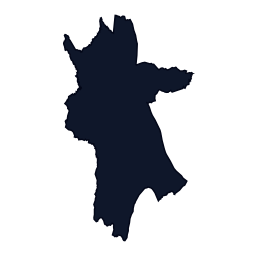 Mueang Nong Bua Lam Phu, Nong Bua Lam Phu, Thailand (Equal Earth projection)
{"feature_id": "78962969B75435650034529", "entity_name": "Mueang Nong Bua Lam Phu", "entity_type": "district", "adm_level": 2, "iso_a3": "THA", "parent_name": "Thailand", "parent_adm1": "Nong Bua Lam Phu", "projection": "equal_earth", "projection_center": [102.349, 17.151], "detail": "fine", "context": "isolated", "style": "filled", "palette": "ink", "viewbox_px": 256, "rotation_deg": 0, "n_neighbors": 0, "source": "geoboundaries", "source_scale": "gbopen_adm2", "svg_char_len": 5551}
<svg xmlns="http://www.w3.org/2000/svg" viewBox="0 0 256 256"><path d="M130.1,19.6L128.1,20.2L127.4,19.8L126.0,20.4L125.3,19.8L124.6,16.8L124.0,16.3L122.4,16.3L121.3,17.3L120.5,17.6L119.6,16.9L119.4,17.0L119.3,16.6L118.6,16.3L118.0,16.6L117.0,15.8L116.5,16.0L116.2,15.5L115.2,15.4L113.5,32.8L113.0,32.3L112.3,32.9L111.4,32.3L111.0,31.0L110.4,30.5L109.3,30.4L108.2,28.1L107.7,28.1L107.4,27.2L106.5,27.3L106.6,26.8L106.3,26.9L106.2,26.5L105.6,26.5L105.2,25.4L103.9,24.5L103.6,23.2L101.7,20.9L101.9,19.8L101.2,17.8L100.5,18.2L100.8,18.7L100.1,19.7L100.0,20.2L100.3,20.3L99.9,21.4L100.3,23.4L100.2,24.0L100.7,24.4L100.4,25.0L100.6,25.4L100.7,25.1L100.8,25.4L100.6,25.5L101.0,26.1L100.6,26.2L100.6,27.4L100.3,27.3L99.8,28.8L99.9,29.1L100.3,29.2L100.0,29.3L100.2,29.8L99.7,30.3L99.6,31.7L99.3,31.5L98.9,31.9L98.3,33.5L97.8,33.5L98.0,33.9L97.4,35.0L97.4,35.8L96.9,35.7L96.4,36.9L95.5,36.8L95.0,37.1L94.9,38.1L94.0,38.9L92.9,39.0L92.5,39.8L92.8,40.3L92.6,41.0L92.8,41.4L92.1,42.4L91.6,42.2L91.3,42.5L91.5,43.1L91.2,43.3L91.4,44.2L91.0,45.0L89.6,44.8L89.6,45.3L89.1,45.4L89.0,45.9L88.7,45.7L88.5,46.2L86.1,47.8L83.7,48.2L82.8,49.9L82.2,50.4L81.9,51.8L81.3,52.1L80.8,52.0L80.4,50.9L80.1,50.6L77.9,50.4L77.3,49.9L75.5,49.8L70.0,40.4L68.9,39.2L68.8,37.4L67.8,35.8L67.0,35.7L66.1,34.9L65.1,34.6L64.5,35.4L65.9,38.9L65.5,39.2L65.3,40.6L64.4,41.2L64.5,41.9L64.0,42.2L63.7,43.3L64.0,45.0L64.4,45.6L65.0,48.4L65.2,50.0L65.7,50.3L66.9,49.5L68.2,51.2L68.6,52.9L69.7,53.9L70.2,54.8L70.0,56.2L71.3,59.9L72.8,61.1L72.9,62.1L73.3,62.3L73.4,63.5L73.9,63.7L73.9,64.2L74.4,64.1L75.0,64.7L75.2,65.9L75.5,66.1L75.4,66.7L75.8,66.8L75.8,67.3L76.1,67.3L76.3,69.0L76.7,68.9L77.0,69.6L77.7,70.1L77.5,70.3L77.8,72.2L77.5,73.0L77.2,72.9L77.5,73.5L77.0,74.0L77.2,74.3L76.8,75.3L76.9,75.8L76.2,75.9L76.5,76.2L76.1,76.5L77.2,77.3L77.4,77.1L77.5,77.8L77.8,77.4L78.1,77.6L78.1,78.6L78.4,79.5L77.6,79.7L77.5,80.9L77.8,81.3L77.6,81.6L77.8,82.1L78.2,81.7L78.7,81.8L78.7,82.6L79.0,82.7L78.7,83.4L78.9,83.7L78.6,83.5L78.7,83.9L78.4,84.2L79.5,86.4L79.8,86.4L79.7,86.8L80.6,87.3L80.5,87.9L80.8,88.1L81.2,87.8L81.3,88.2L80.3,89.3L79.8,88.4L79.5,88.8L79.3,88.2L79.0,88.7L79.0,88.3L78.6,88.5L78.2,89.2L77.8,89.4L77.6,91.3L77.4,91.2L77.0,91.8L76.5,91.7L76.7,92.2L76.3,92.9L76.1,92.8L76.1,93.4L75.2,94.3L74.8,93.9L74.6,94.3L74.3,94.0L73.7,94.8L72.6,94.0L72.0,94.6L71.5,94.6L71.5,95.0L70.4,95.5L70.5,95.8L69.9,95.8L68.7,96.6L68.6,98.7L67.9,99.2L67.8,99.9L67.7,99.7L67.2,100.0L66.7,101.3L64.9,103.6L66.9,105.3L67.9,107.4L67.8,108.6L68.7,109.2L69.3,111.0L67.8,115.8L67.2,120.5L66.3,120.1L65.4,121.2L66.3,124.5L65.6,127.1L68.6,129.7L71.5,130.3L73.4,132.0L74.7,135.4L74.7,136.3L74.4,136.9L75.6,137.4L77.5,137.1L78.7,138.8L78.8,139.7L82.1,139.3L84.3,140.3L85.4,139.3L86.5,140.4L87.9,139.8L88.9,140.1L88.6,142.5L89.4,142.6L89.4,143.0L90.4,142.9L91.7,144.0L92.3,144.0L92.6,143.6L93.7,143.9L93.4,144.5L95.3,147.4L95.0,148.4L95.8,148.8L96.3,151.6L95.9,154.8L96.5,155.3L96.4,156.8L96.9,157.0L97.1,157.9L98.0,158.1L97.8,159.5L97.5,159.9L97.7,160.2L97.4,162.4L97.7,164.4L97.5,165.6L97.8,166.8L96.5,169.4L95.3,174.1L97.4,180.2L97.0,184.0L97.7,184.7L97.2,186.7L97.6,187.6L96.3,190.5L96.3,191.3L96.7,191.3L95.0,194.2L95.5,194.6L96.2,196.9L95.5,198.3L95.3,200.5L93.9,204.5L95.0,207.8L94.5,209.1L94.5,214.7L94.0,217.4L94.1,219.2L96.3,221.6L97.6,221.1L98.0,219.8L99.7,217.9L101.0,217.6L102.1,217.9L103.8,220.6L104.7,224.0L105.3,224.5L106.1,224.6L107.0,225.8L107.6,225.8L108.5,225.0L109.0,224.9L110.4,225.2L112.0,223.2L112.8,223.5L113.9,225.3L113.6,226.8L114.0,229.8L112.5,234.9L114.0,235.7L114.9,236.6L116.0,236.1L116.4,236.3L116.6,235.9L116.9,236.5L117.8,235.9L117.9,235.2L118.6,234.9L121.3,235.8L122.9,238.4L123.0,239.2L123.8,240.4L124.5,240.6L124.9,240.6L126.9,237.6L127.2,234.6L128.2,230.9L128.2,228.1L129.4,222.9L129.9,218.6L131.3,214.5L133.0,211.4L133.1,208.4L134.1,204.0L135.0,202.8L135.3,201.6L139.0,194.8L144.7,188.2L147.0,187.7L148.0,187.0L150.8,187.8L152.4,188.9L155.0,192.7L158.4,200.8L160.0,198.8L160.6,199.0L161.3,197.4L162.1,197.3L162.1,196.3L162.4,196.2L162.4,195.9L166.4,194.9L166.4,194.2L167.2,193.9L167.2,193.0L169.2,192.4L169.9,191.6L170.2,192.0L171.6,191.2L172.4,191.7L172.8,191.4L173.9,192.8L174.0,194.2L174.7,194.4L174.8,193.6L179.5,190.1L182.7,186.2L184.7,185.1L186.8,181.1L183.0,178.2L181.4,175.8L176.2,171.2L173.9,168.5L170.3,161.4L166.2,154.4L165.3,152.4L164.2,148.9L162.0,140.4L160.6,132.8L159.9,130.2L155.0,120.1L152.2,115.4L150.8,112.1L149.3,107.4L147.3,103.0L148.0,103.3L149.8,102.1L151.3,102.6L152.7,101.4L155.2,100.7L154.7,98.5L155.0,94.9L156.7,93.5L158.3,90.5L159.1,89.8L160.0,89.7L162.0,90.9L164.0,91.4L164.9,92.0L166.5,92.3L168.2,92.2L168.9,91.4L169.8,91.2L170.5,90.5L171.0,90.5L172.1,92.0L182.5,88.5L183.4,86.7L184.1,87.9L184.5,87.7L185.0,88.1L186.4,85.0L188.8,84.3L188.9,83.2L188.6,82.4L189.0,82.1L189.1,81.1L189.7,81.3L189.7,80.8L190.1,80.8L189.8,80.3L190.2,80.5L190.8,79.4L190.6,79.1L191.2,78.3L190.9,77.8L191.1,77.1L190.9,76.9L190.9,76.3L191.2,76.3L191.0,75.7L191.5,74.8L191.8,74.8L191.6,74.2L192.1,74.0L192.0,73.7L192.3,73.6L191.9,73.5L192.0,72.9L191.6,72.6L190.5,73.0L189.5,72.7L187.6,73.3L185.8,73.1L185.9,71.8L186.1,71.7L186.4,71.0L184.7,70.4L182.8,71.0L180.2,71.1L176.8,68.5L176.2,67.5L175.7,67.3L174.0,68.0L172.2,67.6L169.8,69.1L167.7,70.0L166.6,69.6L165.6,68.7L164.4,69.3L163.3,68.4L162.1,68.0L160.3,68.6L159.9,69.3L158.9,69.7L157.7,68.8L153.7,64.3L152.9,64.6L151.2,63.5L150.0,63.9L144.8,62.4L142.1,62.9L136.4,65.0L136.1,64.8L136.0,63.7L136.8,55.4L137.2,43.8L136.5,41.1L135.5,35.3L133.7,30.2L132.4,24.1L130.1,19.6Z" fill="#0f172a" stroke="#020617" stroke-width="1.5"/></svg>